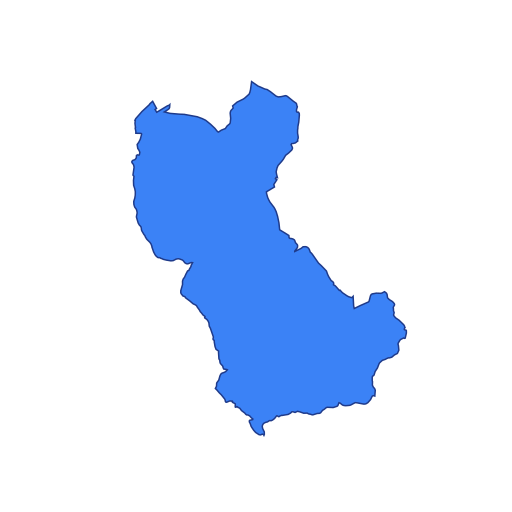 outline of Corrales, Boyacá, Colombia, rotated 119°
{"feature_id": "7082276B21264434170875", "entity_name": "Corrales", "entity_type": "district", "adm_level": 2, "iso_a3": "COL", "parent_name": "Colombia", "parent_adm1": "Boyacá", "projection": "mercator", "projection_center": [-72.84, 5.824], "detail": "fine", "context": "isolated", "style": "filled", "palette": "blue", "viewbox_px": 512, "rotation_deg": 119, "n_neighbors": 0, "source": "geoboundaries", "source_scale": "gbopen_adm2", "svg_char_len": 6118}
<svg xmlns="http://www.w3.org/2000/svg" viewBox="0 0 512 512"><g transform="rotate(119 256 256)"><path d="M409.0,162.1L408.0,162.2L405.8,163.5L403.7,166.5L402.2,167.8L400.8,168.3L399.5,168.3L398.2,167.9L396.7,166.8L395.5,165.5L393.5,164.5L392.6,162.8L391.3,161.9L389.2,161.0L385.9,160.5L385.6,160.2L385.5,159.7L385.6,158.4L385.4,158.0L384.3,157.5L382.8,156.2L382.8,155.9L379.0,151.1L376.6,149.6L374.9,149.1L374.3,148.1L373.9,146.0L371.7,144.4L371.0,141.8L370.4,138.1L368.6,135.1L368.6,133.4L368.0,131.6L367.7,129.9L367.2,129.1L364.1,126.2L362.9,124.3L362.4,123.9L361.9,123.5L358.8,123.0L357.0,122.0L354.5,121.0L353.8,120.4L351.1,115.0L348.3,112.4L347.7,112.0L347.0,111.9L344.1,112.3L343.9,110.7L344.2,109.6L344.4,108.0L344.1,106.5L343.4,104.9L341.3,101.8L340.4,100.9L336.2,98.2L335.4,96.4L333.4,90.3L332.9,89.3L332.0,88.2L330.1,87.1L326.1,86.2L322.3,86.4L321.5,85.9L321.1,85.4L320.9,84.2L315.6,86.6L314.5,87.9L313.7,90.0L312.5,91.6L309.4,93.2L308.7,93.9L305.8,95.5L304.8,95.8L303.3,95.1L302.6,95.1L299.3,95.8L295.1,95.5L290.9,96.1L289.5,96.1L286.0,94.9L283.7,92.8L282.1,91.8L280.7,90.6L280.4,89.9L278.7,88.2L275.3,86.9L272.7,85.1L269.1,85.4L265.3,88.0L264.2,89.1L263.2,89.4L259.8,89.3L258.7,88.9L256.2,87.2L256.0,86.1L255.5,85.7L250.5,87.1L248.4,88.3L248.1,88.8L248.4,89.6L248.4,90.6L247.3,91.1L246.3,91.0L246.2,91.4L245.4,92.0L244.5,93.5L242.8,99.8L242.4,104.0L241.3,106.7L240.8,107.1L238.6,107.7L237.1,109.3L235.5,110.2L234.7,110.9L234.0,111.1L231.8,111.1L231.1,111.4L230.5,112.2L229.7,114.5L229.5,118.2L228.9,120.4L228.5,120.9L226.1,122.7L225.3,123.8L225.1,124.7L224.9,126.3L227.2,127.8L228.1,128.7L230.2,132.8L232.8,136.0L233.8,136.6L235.3,136.6L240.7,135.2L241.6,135.3L248.7,140.7L254.3,144.6L252.3,146.4L244.2,151.5L245.8,151.9L246.1,152.4L246.7,155.3L246.7,157.3L246.2,162.7L245.1,166.0L245.7,166.4L243.9,171.4L243.6,172.6L243.6,174.3L242.2,174.8L241.8,175.2L241.2,176.5L241.1,178.3L238.9,182.3L237.4,184.4L235.0,187.1L232.8,194.2L231.9,197.9L227.1,207.7L226.5,209.4L226.4,210.3L224.5,212.5L223.9,213.5L223.5,214.8L223.5,216.1L223.8,217.2L225.1,219.3L227.4,220.2L233.3,224.3L233.0,224.5L229.0,223.9L228.0,224.0L226.9,224.6L226.4,224.9L226.1,225.4L225.5,226.8L225.3,227.8L223.6,229.7L223.3,230.3L223.2,231.9L223.5,233.3L224.1,234.8L224.2,235.4L223.6,236.2L222.1,237.2L221.6,248.0L215.9,252.0L210.9,256.3L207.5,259.8L205.8,262.1L204.7,263.9L202.1,269.9L200.7,272.1L199.3,274.0L196.3,277.0L194.8,278.0L186.7,273.3L184.8,275.1L179.2,274.7L179.0,276.5L177.5,276.5L177.1,275.2L174.7,277.5L172.6,279.2L168.8,280.3L166.1,280.6L160.8,279.4L158.1,279.0L153.6,278.9L150.1,277.4L145.9,276.1L144.4,276.2L143.4,276.8L141.6,279.3L140.4,279.3L139.7,278.2L138.0,276.4L135.1,275.2L134.5,275.9L132.3,276.3L130.9,277.2L128.4,279.2L125.3,280.9L124.7,281.0L122.5,282.1L118.2,283.5L111.9,286.3L110.3,287.3L109.7,288.5L109.7,289.0L110.2,289.5L110.2,290.2L109.8,290.8L108.1,291.6L105.4,292.2L104.9,292.9L103.2,294.4L102.9,295.0L102.5,298.6L101.2,305.9L101.2,307.1L101.5,308.0L104.3,311.1L106.0,313.5L106.3,315.0L106.4,316.1L105.3,323.0L105.0,326.9L105.7,329.3L106.1,334.1L106.4,336.5L105.6,344.4L113.3,341.4L115.9,340.7L117.8,340.5L123.5,342.5L124.9,343.2L130.7,347.2L136.1,349.2L137.4,347.9L138.0,347.7L140.7,348.4L141.8,348.4L143.5,347.9L148.0,344.8L152.1,343.1L153.2,343.1L156.2,344.3L159.4,344.6L162.7,347.3L165.8,348.9L165.9,349.5L165.7,350.4L164.3,353.8L162.8,359.6L161.7,365.9L161.9,369.7L162.7,374.9L166.9,387.4L169.1,391.8L173.0,400.5L174.4,406.0L170.9,404.1L169.2,403.4L167.9,403.6L165.4,404.8L166.1,405.0L167.8,406.4L178.4,412.5L176.8,415.3L175.2,414.5L170.8,421.4L174.2,422.6L175.5,422.7L185.0,425.8L194.2,427.8L195.9,427.7L195.8,427.4L198.6,426.2L202.2,423.6L202.7,423.7L205.3,421.5L206.9,420.6L204.5,416.0L204.5,415.5L204.9,415.1L210.0,413.8L213.6,413.7L216.1,414.0L219.2,411.6L220.4,409.4L221.6,407.9L223.6,407.2L224.2,407.1L224.6,407.4L225.0,408.7L226.0,409.3L228.2,408.3L229.6,408.4L230.5,408.7L232.2,410.2L233.3,410.4L234.0,410.2L234.7,409.3L235.2,408.0L235.8,407.1L237.4,405.7L244.7,402.9L245.1,402.5L245.2,401.9L245.6,401.3L249.3,399.8L253.5,397.3L256.0,394.6L258.3,392.7L260.0,391.8L261.3,391.1L264.1,390.1L267.5,389.4L268.2,389.0L270.1,387.8L271.3,386.6L272.2,385.5L272.8,384.0L273.5,382.9L275.0,381.5L276.0,380.8L279.5,379.7L280.1,379.3L284.3,375.0L285.6,372.8L285.8,371.8L286.4,370.6L287.4,369.7L288.6,368.9L289.4,368.0L291.6,364.3L291.9,363.3L293.1,361.8L294.3,359.6L295.5,355.4L296.3,353.8L298.0,351.7L298.5,351.5L302.1,347.5L303.8,344.9L304.4,343.6L304.9,341.4L304.8,340.7L304.1,339.2L304.2,337.8L303.9,336.9L303.9,335.6L303.0,332.3L301.5,328.1L300.2,326.2L297.5,324.4L296.4,323.1L295.9,322.3L295.6,321.1L295.2,318.4L295.5,317.0L296.4,315.1L296.5,313.2L295.9,311.8L293.3,309.7L292.8,308.9L292.6,308.2L295.5,308.2L296.9,307.8L300.0,307.9L301.2,307.7L302.2,308.6L302.6,308.6L306.0,308.5L309.1,308.2L311.5,308.5L313.6,308.1L316.6,306.4L322.7,305.0L324.4,304.1L325.2,303.3L326.4,300.5L326.0,298.5L326.7,297.4L327.4,292.2L328.3,287.8L328.1,285.1L328.4,283.7L329.1,282.7L330.7,279.3L331.7,277.8L332.2,276.2L333.3,273.7L333.6,271.3L333.9,271.1L334.7,271.1L335.0,270.8L335.3,268.2L336.2,266.3L337.3,264.8L340.1,262.8L341.3,260.9L347.5,254.0L349.4,253.4L349.9,252.9L350.1,251.6L351.6,250.7L355.1,247.9L357.0,245.7L357.3,242.6L358.6,242.0L363.7,238.7L364.2,238.2L364.7,237.2L366.4,236.0L367.3,235.0L368.3,232.0L368.9,231.2L369.6,230.7L370.5,229.4L369.4,226.4L369.4,225.9L371.8,226.5L373.1,227.3L374.9,228.9L375.8,229.4L377.0,229.5L378.4,229.4L382.6,228.4L385.8,228.8L386.4,228.7L389.1,227.4L391.6,227.3L392.1,225.4L393.5,221.7L394.2,219.1L396.3,214.0L396.9,213.2L398.1,212.2L398.4,211.5L398.4,211.2L397.7,210.4L395.5,208.7L394.4,206.2L394.6,205.9L395.1,206.0L395.4,205.6L395.3,203.2L395.4,202.4L397.9,201.1L398.2,200.8L398.0,200.2L397.0,199.8L396.9,199.1L397.2,198.4L397.0,197.3L397.1,196.1L398.2,193.8L398.8,189.7L399.4,188.2L399.5,187.1L399.0,186.1L398.9,184.1L399.8,181.5L400.1,179.7L400.7,179.6L402.8,181.9L403.5,181.9L404.4,181.3L405.4,179.8L407.5,177.5L409.5,173.6L410.5,170.8L410.8,166.7L410.2,165.2L408.8,164.2L408.6,163.7L408.6,162.7L409.0,162.1Z" fill="#3b82f6" stroke="#1e3a8a" stroke-width="1.5"/></g></svg>